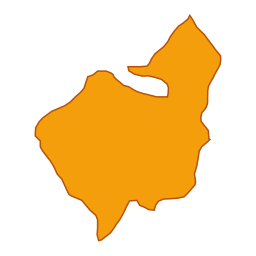 Shamkir District, Şəmkir, Azerbaijan
{"feature_id": "54616110B57585842497805", "entity_name": "Shamkir District", "entity_type": "district", "adm_level": 2, "iso_a3": "AZE", "parent_name": "Azerbaijan", "parent_adm1": "Şəmkir", "projection": "mercator", "projection_center": [46.075, 40.851], "detail": "fine", "context": "isolated", "style": "filled", "palette": "amber", "viewbox_px": 256, "rotation_deg": 0, "n_neighbors": 0, "source": "geoboundaries", "source_scale": "gbopen_adm2", "svg_char_len": 1799}
<svg xmlns="http://www.w3.org/2000/svg" viewBox="0 0 256 256"><path d="M189.8,15.4L187.9,19.1L182.9,23.2L178.6,26.1L174.4,31.0L170.3,36.7L167.9,41.5L164.0,46.4L155.1,53.7L151.6,58.7L149.4,63.4L146.9,66.2L139.8,66.7L134.3,66.7L128.0,66.7L128.3,68.1L128.9,70.8L134.5,74.2L142.5,76.1L148.6,75.9L154.9,77.3L161.5,79.4L167.2,84.1L168.4,87.6L168.1,93.9L167.4,96.9L156.6,96.9L150.1,95.2L143.4,93.6L137.8,91.9L133.6,89.8L128.7,86.7L123.5,85.4L119.8,82.1L116.6,79.6L114.1,77.1L113.1,74.6L111.2,73.1L106.2,71.1L97.6,71.1L93.2,74.8L88.3,76.6L87.8,76.7L86.7,80.0L85.5,83.6L84.0,88.3L80.2,92.7L75.6,96.7L70.4,101.9L64.6,105.8L51.8,111.3L43.0,117.7L39.2,121.7L35.7,127.7L35.3,133.5L35.3,136.0L40.3,141.0L40.3,146.7L41.2,148.4L42.7,151.0L47.1,156.8L50.7,161.4L53.1,165.4L54.9,168.9L57.3,174.2L61.9,179.2L63.8,183.4L66.2,188.7L68.8,194.1L71.0,195.8L76.8,198.2L81.9,200.4L87.6,207.3L89.9,210.1L95.8,215.3L97.6,219.7L97.6,223.2L97.6,228.2L97.1,234.8L98.7,240.6L98.9,240.6L101.4,239.9L106.9,235.7L110.5,232.8L113.6,228.6L116.6,223.9L119.3,220.4L122.6,214.8L124.9,210.1L126.4,206.8L128.3,203.1L129.6,200.8L131.4,200.8L136.9,200.4L139.7,205.3L144.4,207.2L148.9,209.6L153.8,210.1L154.3,210.1L154.2,209.9L155.9,204.7L158.6,201.1L163.6,199.0L168.9,198.8L175.1,198.4L179.3,197.9L184.2,196.7L187.2,193.8L191.2,189.2L195.0,184.8L195.6,181.7L194.8,176.4L194.4,174.2L196.7,166.2L198.0,159.1L199.2,151.2L201.7,146.7L207.4,141.9L209.9,139.4L208.9,138.6L208.3,130.6L205.9,127.3L203.9,125.1L201.0,121.1L200.9,117.1L201.8,112.7L204.6,109.6L206.3,107.1L207.6,102.8L207.6,98.3L207.8,90.0L208.5,86.2L210.8,81.7L213.0,78.0L214.8,74.2L218.0,68.5L220.2,64.2L220.7,59.7L220.6,55.9L215.9,50.2L211.8,44.6L207.8,39.4L204.3,34.6L200.3,30.8L196.7,27.1L194.5,23.1L192.4,19.3L189.8,15.4Z" fill="#f59e0b" stroke="#b45309" stroke-width="1.5"/></svg>